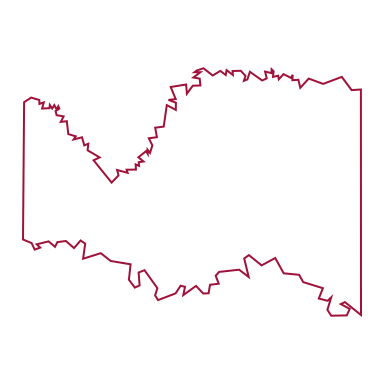 outline of Puerto Arica, Amazonas, Colombia
{"feature_id": "7082276B12752174373355", "entity_name": "Puerto Arica", "entity_type": "district", "adm_level": 2, "iso_a3": "COL", "parent_name": "Colombia", "parent_adm1": "Amazonas", "projection": "mercator", "projection_center": [-71.635, -1.936], "detail": "medium", "context": "isolated", "style": "outline", "palette": "rose", "viewbox_px": 384, "rotation_deg": 0, "n_neighbors": 0, "source": "geoboundaries", "source_scale": "gbopen_adm2", "svg_char_len": 1842}
<svg xmlns="http://www.w3.org/2000/svg" viewBox="0 0 384 384"><path d="M361.0,315.0L360.9,89.5L351.6,90.1L341.8,76.9L323.1,83.9L308.7,78.6L300.3,87.8L298.4,79.8L292.4,80.2L292.7,74.8L291.0,77.9L283.5,74.1L278.8,79.3L278.1,75.7L273.0,76.9L273.6,71.3L271.6,69.3L271.5,73.1L265.1,71.6L266.7,78.4L262.2,80.5L249.9,71.8L247.4,79.4L243.9,80.8L245.5,75.9L240.8,70.8L232.6,71.0L232.9,75.0L226.6,70.1L225.7,75.0L220.3,70.9L212.7,75.5L203.5,68.3L196.7,70.5L194.5,72.2L200.4,72.2L193.4,77.5L199.7,78.6L200.4,85.5L192.8,85.7L186.9,93.7L186.1,84.5L170.7,87.0L175.7,99.1L168.5,99.9L175.9,102.7L175.8,109.9L166.8,105.1L163.7,126.6L155.2,127.7L156.9,137.2L148.8,138.3L152.4,145.4L150.0,152.9L147.6,149.8L147.7,153.8L146.1,151.1L138.4,157.3L143.5,161.5L138.7,162.2L139.1,165.9L135.7,164.4L135.9,169.6L126.6,169.7L127.6,172.8L117.1,170.0L118.5,175.4L111.6,182.6L93.6,160.3L99.6,157.4L87.6,150.3L88.3,143.7L84.3,145.4L82.0,137.3L73.6,139.5L75.7,136.3L68.3,134.1L66.8,121.2L60.8,121.9L63.6,116.4L56.6,115.2L55.6,111.1L59.3,108.6L58.3,106.2L56.5,109.3L54.3,105.1L52.2,108.5L49.8,105.0L49.5,108.2L42.1,108.5L43.8,102.4L39.4,103.9L39.3,100.0L31.2,97.6L24.1,102.2L23.0,239.5L31.6,243.1L34.7,249.6L40.2,247.6L36.7,244.3L48.6,241.4L55.0,246.8L57.4,242.1L65.9,241.0L74.0,248.1L80.6,240.5L85.2,243.6L83.1,258.7L100.8,253.2L110.7,261.0L130.6,264.3L128.9,279.7L134.8,287.6L139.6,285.4L138.6,272.5L144.5,270.2L157.4,288.2L155.1,295.4L158.0,300.1L175.6,293.4L180.6,285.7L185.0,286.8L183.3,295.1L196.0,285.9L203.2,293.5L208.6,293.3L210.0,284.8L218.7,283.7L215.7,275.7L219.1,271.9L239.1,269.7L248.7,277.0L244.2,258.5L248.9,255.1L261.6,265.4L275.2,258.0L283.7,273.3L299.1,274.8L303.2,282.1L322.9,288.2L318.8,298.5L327.6,300.8L331.2,297.4L327.4,309.8L331.2,315.7L346.8,315.4L349.7,308.9L340.8,304.1L344.9,302.1L361.0,315.0Z" fill="none" stroke="#9f1239" stroke-width="2"/></svg>